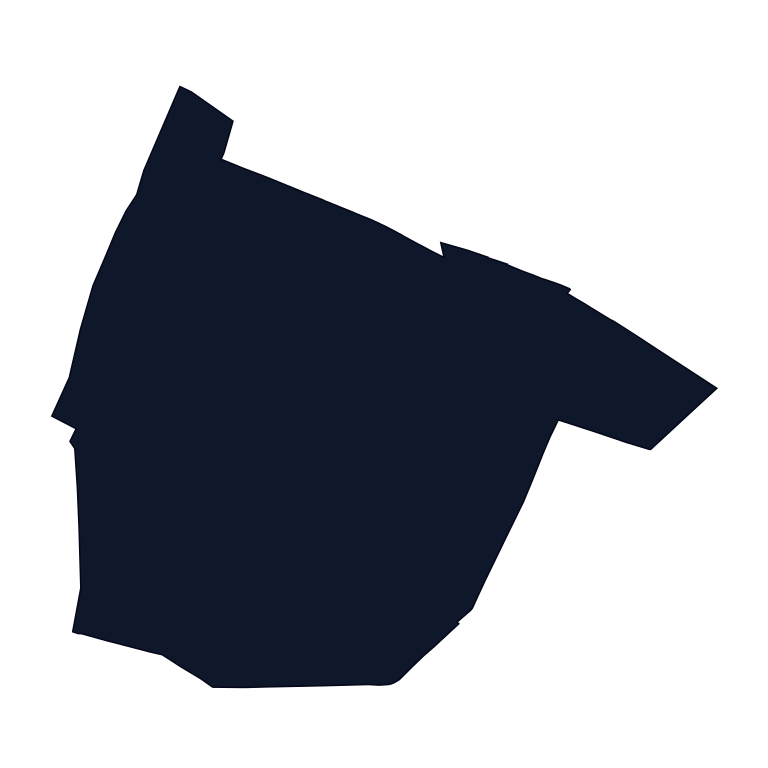 Tlaltenango, Puebla, Mexico, rotated 89°
{"feature_id": "50627088B74613922944869", "entity_name": "Tlaltenango", "entity_type": "district", "adm_level": 2, "iso_a3": "MEX", "parent_name": "Mexico", "parent_adm1": "Puebla", "projection": "albers", "projection_center": [-98.344, 19.163], "detail": "fine", "context": "isolated", "style": "filled", "palette": "ink", "viewbox_px": 768, "rotation_deg": 89, "n_neighbors": 0, "source": "geoboundaries", "source_scale": "gbopen_adm2", "svg_char_len": 1844}
<svg xmlns="http://www.w3.org/2000/svg" viewBox="0 0 768 768"><g transform="rotate(89 384 384)"><path d="M83.0,582.8L87.7,585.0L166.1,620.3L190.5,628.0L206.5,638.9L228.3,650.1L250.4,659.7L280.5,673.2L324.0,686.6L364.9,696.8L372.0,698.5L377.4,701.1L410.3,716.7L423.4,692.6L435.9,699.0L443.1,694.3L482.7,692.4L523.2,691.4L582.6,690.7L626.3,699.6L628.3,693.9L628.2,692.0L628.7,689.7L635.7,666.1L636.7,662.5L645.2,631.9L647.4,624.2L647.7,623.2L650.3,612.6L650.8,610.5L662.9,592.5L675.4,572.5L684.1,560.6L685.0,528.6L684.8,508.3L684.7,474.8L684.6,447.9L684.2,405.0L685.0,394.1L684.8,390.0L684.6,385.7L684.2,382.8L682.8,379.0L679.9,373.9L666.9,360.4L656.4,349.1L647.3,338.3L625.0,313.4L623.5,315.2L621.9,313.4L615.5,305.8L611.9,301.4L610.0,299.8L608.6,299.0L597.2,293.6L582.6,286.5L550.5,270.2L544.7,267.3L504.4,246.7L495.7,242.9L493.8,242.1L488.4,239.7L472.3,232.9L470.9,232.3L456.2,226.2L439.6,218.8L430.4,214.1L425.1,211.5L423.4,210.6L423.0,210.3L424.1,207.0L424.4,206.1L434.9,175.5L440.4,160.1L446.3,143.7L446.7,142.6L451.9,126.4L453.7,120.8L454.1,119.5L454.0,118.4L453.6,118.0L412.5,72.0L394.1,51.3L354.1,110.4L346.3,121.9L346.0,122.2L344.9,123.8L325.8,152.4L323.3,157.0L318.0,165.4L314.2,171.3L310.4,177.3L307.7,181.4L302.4,190.1L296.6,199.3L292.9,196.1L292.0,196.7L290.9,199.3L288.4,204.8L285.6,212.1L282.7,220.2L281.3,224.5L277.7,232.9L276.1,237.1L273.8,243.0L272.7,245.6L269.7,252.5L267.0,258.7L266.4,258.5L259.6,277.9L259.1,277.8L252.1,297.1L243.6,324.8L257.4,322.0L258.5,321.6L258.1,322.5L253.2,331.9L253.1,332.2L244.7,347.3L244.6,347.6L236.0,362.8L235.7,363.0L227.1,378.5L219.6,393.7L219.5,394.0L212.8,409.8L212.5,410.2L205.8,426.0L205.6,426.4L199.3,441.4L199.1,441.3L190.7,461.5L175.3,497.4L165.5,521.8L156.6,542.6L156.3,542.9L150.0,540.0L118.6,530.4L88.7,571.4L83.0,582.8Z" fill="#0f172a" stroke="#020617" stroke-width="1.5"/></g></svg>